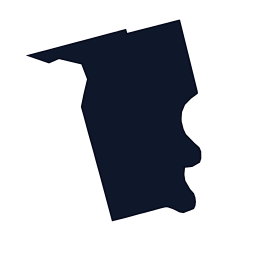 the district of Wyandotte, Kansas, United States of America, rotated 75°
{"feature_id": "52423323B35969743598572", "entity_name": "Wyandotte", "entity_type": "district", "adm_level": 2, "iso_a3": "USA", "parent_name": "United States of America", "parent_adm1": "Kansas", "projection": "robinson", "projection_center": [-94.709, 39.097], "detail": "fine", "context": "isolated", "style": "filled", "palette": "ink", "viewbox_px": 256, "rotation_deg": 75, "n_neighbors": 0, "source": "geoboundaries", "source_scale": "gbopen_adm2", "svg_char_len": 814}
<svg xmlns="http://www.w3.org/2000/svg" viewBox="0 0 256 256"><g transform="rotate(75 128 128)"><path d="M213.3,166.9L213.3,166.5L213.5,151.1L213.4,139.3L213.5,133.5L213.4,116.1L213.6,111.7L214.4,109.6L217.5,105.0L222.3,99.6L223.8,96.3L222.6,85.6L220.2,83.6L216.7,82.2L212.5,81.6L208.3,81.9L203.4,84.4L193.7,87.0L187.3,86.3L180.3,83.7L181.5,76.0L180.4,71.8L179.4,67.9L176.2,65.8L169.5,64.1L165.4,64.7L159.9,68.3L149.2,74.3L143.5,75.3L135.7,75.2L132.5,74.5L126.2,72.3L119.8,67.4L115.4,60.0L112.3,52.2L110.8,51.9L37.4,50.5L37.3,51.2L36.7,104.9L32.5,104.9L32.2,205.5L44.4,187.4L42.8,176.7L54.0,155.9L70.4,154.2L84.5,161.8L95.6,167.3L104.1,167.2L109.8,167.2L121.0,167.2L122.4,167.2L140.6,167.0L154.5,167.0L165.8,166.9L177.1,166.9L184.1,166.9L213.3,166.9Z" fill="#0f172a" stroke="#020617" stroke-width="1.5"/></g></svg>